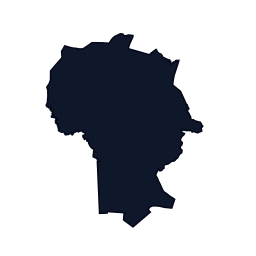 Veselavas pag., Priekulu, Latvia (orthographic projection), rotated 344°
{"feature_id": "27541924B69418536197528", "entity_name": "Veselavas pag.", "entity_type": "district", "adm_level": 2, "iso_a3": "LVA", "parent_name": "Latvia", "parent_adm1": "Priekulu", "projection": "orthographic", "projection_center": [25.543, 57.263], "detail": "fine", "context": "isolated", "style": "filled", "palette": "ink", "viewbox_px": 256, "rotation_deg": 344, "n_neighbors": 0, "source": "geoboundaries", "source_scale": "gbopen_adm2", "svg_char_len": 5568}
<svg xmlns="http://www.w3.org/2000/svg" viewBox="0 0 256 256"><g transform="rotate(344 128 128)"><path d="M55.6,83.7L55.9,84.3L56.0,85.3L56.1,85.5L57.0,85.6L57.2,85.9L57.3,86.7L57.4,86.8L57.6,86.7L57.8,86.2L58.2,85.9L59.0,86.2L59.2,86.5L59.3,87.4L59.3,87.7L58.2,88.3L58.2,88.6L58.7,89.3L58.8,90.3L58.9,90.6L60.4,90.8L60.5,91.2L60.5,91.6L60.2,91.9L59.1,92.9L58.8,93.4L58.9,93.7L59.8,94.2L60.0,94.6L59.9,94.9L58.1,95.3L57.5,95.9L57.4,96.1L57.5,96.4L60.4,97.9L61.3,97.8L61.6,98.0L61.0,99.7L61.1,100.0L61.4,100.2L61.9,99.9L62.2,99.9L62.4,100.2L62.4,100.4L62.3,100.7L61.5,101.2L60.1,101.2L60.1,101.3L60.3,102.0L60.4,102.3L59.9,102.8L59.8,103.1L59.9,103.4L60.4,103.8L61.5,104.3L61.6,104.6L60.9,105.1L61.2,105.7L61.0,105.8L60.8,106.6L61.1,106.9L61.7,107.5L61.7,108.0L61.0,108.2L60.8,108.5L60.8,108.8L61.4,109.4L61.4,109.6L61.3,110.0L60.6,110.6L60.5,111.2L60.7,111.6L61.9,112.9L62.4,113.0L62.7,113.5L63.1,113.8L63.6,113.9L64.8,113.8L65.1,114.0L65.4,115.3L65.5,115.7L65.9,115.9L66.0,116.1L65.7,116.5L65.7,116.8L66.0,117.3L66.4,117.5L66.7,117.5L67.4,116.9L67.7,116.9L68.2,117.7L68.5,117.8L69.0,117.8L70.5,117.3L71.3,117.2L71.5,117.4L71.6,117.8L72.4,119.2L72.7,119.3L73.2,119.1L73.8,118.1L74.2,117.7L74.7,117.4L75.3,117.6L75.8,117.5L76.3,116.9L77.5,117.2L78.7,117.0L79.1,117.2L79.1,117.4L79.1,118.0L79.3,118.1L80.9,117.7L81.9,117.8L83.2,118.4L83.2,118.9L83.6,119.4L85.3,121.0L85.4,121.8L85.2,122.2L84.7,122.6L82.8,122.7L82.4,123.1L82.4,123.4L82.5,123.7L82.6,124.1L82.4,124.4L82.3,124.8L83.1,125.4L83.3,125.6L82.9,126.2L82.8,126.7L83.0,126.9L84.6,126.4L84.8,126.8L84.9,127.0L84.8,127.4L85.2,127.8L85.2,128.0L84.9,128.5L84.9,129.0L85.4,129.6L86.4,130.3L86.6,130.6L86.5,130.9L86.0,131.6L86.0,132.0L86.3,133.3L86.3,134.2L86.6,134.9L86.9,135.4L87.3,136.9L87.4,137.1L88.0,137.5L88.5,138.2L88.8,138.4L89.3,138.5L89.1,139.5L89.2,140.0L89.1,140.3L88.7,140.8L88.7,141.2L88.1,141.8L88.0,142.9L87.1,144.1L87.1,145.4L86.1,145.5L86.5,145.6L86.8,145.9L86.8,146.3L87.7,146.9L88.2,147.7L89.4,147.9L89.4,148.3L89.8,148.5L90.1,149.0L90.1,149.3L89.7,149.7L89.9,150.3L90.5,151.7L90.9,152.2L89.3,151.8L77.8,199.5L77.1,202.2L84.5,204.0L85.0,202.6L98.6,207.5L101.7,208.9L100.5,209.6L98.4,215.1L105.5,224.4L126.3,215.0L125.8,214.2L125.0,212.5L126.6,210.1L130.3,209.6L133.5,210.6L136.7,211.8L141.4,214.4L148.0,217.0L153.2,209.4L149.2,204.8L148.4,203.6L144.6,198.7L144.0,195.5L143.5,191.4L142.7,187.6L142.6,186.0L142.4,184.4L141.5,180.8L145.9,175.7L146.3,176.2L146.5,177.6L146.8,178.0L148.3,178.1L149.2,177.8L149.5,177.2L151.6,176.5L152.0,174.1L153.8,173.4L157.0,173.6L160.5,172.1L163.7,172.4L165.6,171.1L166.1,171.0L167.5,170.4L168.9,168.8L169.8,168.0L170.0,167.9L170.2,167.5L171.2,167.1L172.4,166.8L172.8,166.4L173.1,166.0L173.0,165.6L173.3,165.3L173.4,164.9L173.6,164.9L173.7,164.6L173.8,164.2L173.6,164.0L173.6,163.8L173.5,163.7L173.3,163.2L172.6,162.4L172.7,161.6L173.1,161.0L173.1,160.2L173.6,159.6L174.1,159.3L174.7,159.5L176.0,157.5L176.0,156.3L174.8,156.0L174.9,154.9L175.2,154.5L175.1,153.7L175.7,152.9L176.4,152.2L177.3,151.1L179.4,150.2L180.8,149.1L180.5,148.5L179.1,147.9L178.6,147.1L178.7,146.9L178.7,146.4L178.4,146.5L178.2,146.4L178.3,146.2L178.2,146.0L178.6,145.0L178.8,144.9L178.8,144.5L179.0,144.4L179.2,144.7L180.0,144.5L180.2,144.8L180.1,145.0L180.8,145.3L181.0,145.6L181.3,145.4L181.4,145.5L182.2,145.6L182.2,145.9L183.0,146.4L183.4,146.7L183.6,146.7L183.8,146.5L184.0,146.7L184.3,146.5L184.8,146.7L184.9,146.9L185.2,146.9L185.3,146.6L185.6,146.6L186.2,146.8L186.2,147.0L186.4,147.1L186.2,147.4L186.5,147.7L187.1,147.5L187.8,147.5L188.4,148.1L188.4,149.2L188.5,149.3L188.5,149.5L189.1,149.6L189.9,149.3L193.5,151.8L198.0,151.3L198.2,150.0L198.2,148.6L198.6,148.1L200.1,147.1L200.4,146.7L200.1,146.0L199.7,145.6L199.7,144.2L198.9,142.2L198.5,142.3L197.5,141.9L197.6,141.6L196.8,141.1L196.3,141.0L195.4,140.1L194.8,140.0L194.0,139.4L193.7,138.8L193.1,138.1L191.9,137.8L191.1,137.2L190.8,136.6L190.8,136.2L191.2,135.4L191.1,134.6L191.2,133.8L190.8,132.6L190.6,132.2L190.6,131.8L190.7,131.4L190.7,130.8L190.2,130.2L190.2,129.3L189.7,128.8L189.5,128.4L189.4,127.7L190.3,126.9L190.6,127.1L190.8,127.0L190.9,126.6L191.1,126.8L191.8,126.2L191.8,125.8L191.6,125.5L191.6,125.1L191.6,124.9L190.9,125.0L190.8,124.8L191.2,124.4L191.3,124.2L191.2,123.6L191.2,121.9L190.7,122.0L189.7,114.7L188.5,107.2L182.8,98.9L184.5,94.8L186.7,90.3L194.7,78.5L195.5,77.0L195.3,77.0L195.1,77.2L195.0,77.7L194.9,77.8L194.7,77.6L194.7,77.4L193.9,77.1L193.8,76.8L193.7,76.4L193.5,76.5L193.5,76.8L192.9,77.4L192.7,77.4L192.2,77.1L192.2,76.7L192.5,76.6L192.3,76.4L191.8,76.8L191.4,77.4L191.1,77.7L190.8,77.7L190.3,77.1L190.1,77.1L189.5,78.0L188.8,77.4L188.6,77.4L188.0,78.3L187.7,78.3L187.6,78.2L187.3,78.2L187.1,78.6L186.9,78.8L186.5,78.0L186.4,77.4L187.4,75.7L186.4,75.2L186.8,74.1L186.7,74.0L186.3,74.0L185.7,74.5L185.6,74.4L185.6,74.2L185.9,73.8L185.4,73.7L185.3,73.2L184.6,72.9L183.6,71.8L183.0,71.4L182.2,70.5L181.1,69.8L180.9,69.6L181.0,69.3L180.7,68.3L180.8,67.8L180.6,67.3L180.3,66.6L179.7,65.7L178.5,65.0L178.0,64.3L177.0,62.3L177.0,61.6L176.9,60.9L176.6,60.2L170.5,62.5L170.3,62.8L168.4,63.5L168.3,63.2L158.4,57.0L150.0,51.8L152.8,47.6L157.7,41.8L158.3,40.6L158.2,40.4L154.1,38.7L151.8,38.8L149.4,38.1L149.3,37.4L148.9,36.2L146.7,35.3L140.6,36.3L138.7,37.1L136.2,38.7L133.2,41.3L126.9,39.1L116.8,36.0L114.5,37.0L106.6,39.5L103.3,38.7L99.8,37.0L97.4,36.1L94.9,34.8L89.8,31.6L87.5,34.0L85.3,36.0L84.0,42.2L75.7,47.5L69.3,51.8L67.9,56.6L67.4,58.2L66.7,60.6L64.3,63.8L61.2,66.3L61.3,70.2L61.0,70.7L59.9,74.9L59.2,76.9L58.7,77.9L57.7,81.0L55.6,83.7Z" fill="#0f172a" stroke="#020617" stroke-width="1.5"/></g></svg>